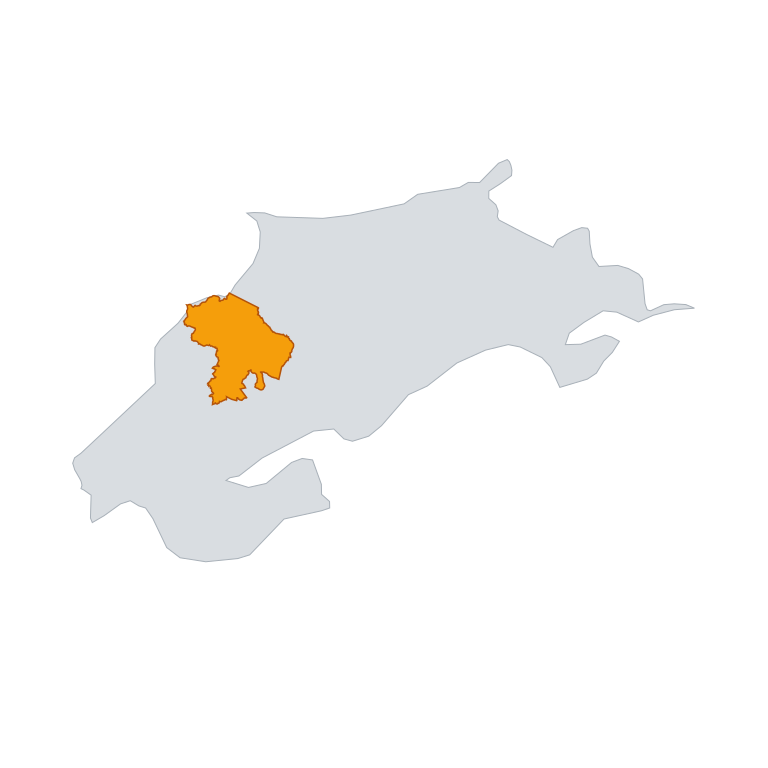 location of San Carlos, Alajuela, Costa Rica, rotated 297°
{"feature_id": "36466004B93009353653886", "entity_name": "San Carlos", "entity_type": "district", "adm_level": 2, "iso_a3": "CRI", "parent_name": "Costa Rica", "parent_adm1": "Alajuela", "projection": "orthographic", "projection_center": [-84.486, 10.62], "detail": "fine", "context": "in_parent", "style": "filled", "palette": "amber", "viewbox_px": 768, "rotation_deg": 297, "n_neighbors": 0, "source": "geoboundaries", "source_scale": "gbopen_adm2", "svg_char_len": 7781}
<svg xmlns="http://www.w3.org/2000/svg" viewBox="0 0 768 768"><g transform="rotate(297 384 384)"><path d="M639.9,391.9L639.0,394.8L636.4,397.8L632.6,400.9L627.6,403.0L615.4,396.8L603.5,389.8L596.9,393.1L594.5,402.3L590.1,407.1L584.5,409.0L582.3,412.1L582.0,443.2L582.5,472.5L591.5,473.1L606.7,483.2L613.1,489.2L615.2,494.7L613.3,497.5L602.3,503.9L591.6,512.1L586.3,522.2L595.8,538.5L597.8,549.5L597.5,561.1L595.0,566.7L574.1,580.1L569.6,584.8L570.2,588.2L581.7,597.3L587.2,606.2L591.8,616.9L592.5,626.2L582.0,609.0L567.4,592.6L554.8,582.5L553.7,558.8L548.7,546.0L529.7,534.2L513.4,526.0L501.4,527.7L508.8,541.3L527.9,558.7L529.2,565.4L528.9,574.4L515.8,573.1L504.2,569.4L490.1,568.3L480.7,563.0L460.8,542.2L474.9,524.4L479.2,512.7L478.8,488.5L475.5,476.8L460.2,459.0L435.8,439.4L401.7,423.4L385.6,410.6L345.7,400.7L330.6,394.1L318.7,381.9L316.9,373.2L321.1,359.7L310.1,342.6L262.7,309.0L236.2,296.5L230.5,289.2L226.3,287.0L230.3,310.2L241.9,324.2L272.2,337.3L280.5,344.9L283.9,354.8L266.2,373.7L257.3,378.5L254.6,388.8L248.9,391.9L242.8,386.0L218.3,356.2L170.8,341.9L162.2,333.1L144.7,305.9L136.6,281.2L139.6,264.7L159.2,239.1L165.3,227.9L164.1,221.0L164.8,210.9L157.6,203.7L139.6,194.4L128.1,187.0L131.3,183.3L152.0,173.5L153.3,164.5L153.2,161.5L156.6,160.9L159.6,158.5L161.5,156.0L167.1,147.4L172.1,142.6L177.7,141.8L184.7,145.4L210.6,154.8L239.5,165.2L280.6,180.0L297.7,170.6L312.4,163.4L322.6,164.5L344.7,172.9L358.0,175.5L366.2,174.7L380.4,187.0L388.1,196.2L389.4,202.4L393.7,205.7L404.7,206.4L431.8,212.6L448.3,211.4L463.3,204.7L471.5,196.7L474.0,184.2L477.8,190.4L482.3,200.1L484.3,212.6L503.8,254.3L519.4,277.7L553.6,320.1L568.3,327.9L593.3,362.0L601.9,367.6L606.9,377.7L632.7,385.8L639.9,391.9Z" fill="#d9dde1" stroke="#a8b0b8" stroke-width="1"/><path d="M394.8,204.9L392.0,204.7L390.8,204.3L390.2,204.3L389.5,205.0L388.3,205.3L387.9,204.9L387.6,204.1L387.7,203.8L388.0,203.3L387.8,202.9L386.8,202.6L385.5,202.4L384.3,200.7L383.2,200.4L383.1,199.8L383.2,199.5L383.6,199.2L385.6,198.8L385.9,198.4L386.5,196.9L386.5,196.2L386.0,194.5L385.8,193.0L385.3,192.0L384.6,191.3L383.4,190.9L382.3,189.5L380.3,188.3L378.0,188.2L377.1,187.9L376.5,187.9L375.7,187.4L374.8,185.8L374.0,185.0L373.1,184.6L372.4,184.5L372.0,184.1L371.7,184.0L371.2,184.0L370.9,184.3L370.4,184.2L370.0,184.0L369.5,182.9L368.9,182.5L368.4,181.8L368.1,180.8L368.3,180.0L367.6,179.7L366.1,179.4L365.9,179.2L365.9,178.7L366.1,178.2L366.1,177.7L366.4,176.8L366.9,176.1L366.9,175.2L366.4,174.3L365.2,173.2L364.9,172.3L364.4,173.1L362.1,174.8L361.5,175.0L359.5,175.1L358.7,175.5L356.9,177.1L354.7,178.5L352.5,177.7L350.3,177.5L349.1,177.1L349.0,177.6L347.9,178.1L347.8,178.6L346.5,179.3L346.4,179.9L347.0,180.3L347.1,180.8L346.3,181.5L346.1,182.0L346.1,182.7L346.3,182.9L346.9,183.1L347.5,184.7L347.5,186.8L347.7,187.7L347.6,188.7L347.9,188.9L347.7,189.8L348.0,190.0L348.0,190.3L347.0,191.2L345.7,191.4L345.1,191.1L342.6,191.1L342.0,190.3L341.6,190.1L340.9,190.3L340.1,190.3L338.5,191.5L338.1,191.2L337.7,191.3L337.1,192.2L336.4,192.5L335.8,193.1L335.8,193.5L336.1,194.3L335.9,195.3L336.7,195.9L336.7,196.8L336.9,197.2L337.1,198.1L336.3,200.2L335.4,200.6L335.6,201.0L336.2,201.5L336.2,201.9L335.8,202.6L336.0,203.2L335.9,205.7L336.1,206.4L336.5,207.0L338.2,208.3L338.5,209.1L338.6,210.2L339.2,210.7L339.7,210.8L339.1,211.9L339.0,212.2L339.5,212.9L339.7,213.5L339.5,214.7L339.9,215.7L339.6,216.5L340.3,217.2L339.7,217.6L339.5,218.1L339.6,218.5L340.0,218.9L340.0,219.1L339.2,219.5L338.4,220.5L337.9,220.6L337.8,220.1L337.6,219.9L337.3,219.9L336.0,220.4L334.9,220.5L334.5,221.0L334.3,220.8L333.5,220.8L333.2,221.4L332.6,222.0L332.3,222.5L332.5,223.6L332.1,224.4L331.3,224.6L330.9,225.2L330.3,225.5L330.1,226.2L325.6,226.4L325.8,227.0L325.5,227.3L325.4,228.0L325.0,229.0L324.6,228.9L324.5,227.8L324.3,227.1L323.2,225.6L321.6,224.2L320.5,224.0L320.2,223.9L320.2,225.3L320.6,225.8L320.4,226.4L320.4,227.7L319.0,227.8L318.5,227.5L318.1,227.8L317.5,227.8L317.2,227.7L316.9,227.3L316.3,227.2L315.5,226.7L315.2,226.7L315.0,227.5L313.8,229.4L313.8,231.0L313.6,231.0L313.5,230.8L312.9,230.9L312.6,230.6L312.3,230.1L311.3,229.7L311.0,229.3L310.8,228.2L310.3,228.1L310.0,227.7L309.7,227.7L308.9,228.1L308.2,228.2L307.7,227.7L307.3,227.5L306.5,227.5L305.6,227.1L304.9,226.7L304.1,226.7L304.3,227.7L303.0,227.8L303.1,228.5L302.7,228.8L303.1,228.9L303.1,229.3L303.2,229.8L302.5,230.7L301.8,230.9L301.4,231.3L301.9,232.0L301.4,232.2L301.1,232.7L299.6,233.5L299.1,233.9L299.0,234.6L298.7,235.0L298.8,235.5L298.3,235.9L298.3,236.3L296.9,236.1L296.6,235.9L296.6,235.0L295.9,234.8L295.3,234.2L294.0,233.8L293.8,234.0L293.8,234.4L294.7,236.6L294.6,237.0L294.2,237.6L293.0,238.2L292.3,239.0L291.1,239.4L290.0,239.5L289.2,240.0L287.8,240.5L288.8,241.3L289.5,242.1L289.8,242.3L290.6,242.2L290.6,242.6L290.3,243.2L290.3,244.0L290.4,244.4L290.6,244.6L291.5,244.8L291.7,245.5L292.5,245.7L293.8,245.3L293.9,246.2L294.2,246.9L295.6,247.7L295.9,248.1L296.4,248.2L296.9,248.9L297.9,249.4L298.4,250.7L299.0,250.6L299.2,250.2L299.9,250.1L300.2,249.9L300.8,250.0L301.2,249.6L301.2,255.2L302.4,260.9L302.5,260.3L303.2,259.8L304.1,259.8L304.4,259.4L304.7,259.2L305.1,259.5L305.3,259.9L304.5,261.2L304.6,262.0L304.4,262.4L304.4,262.9L304.9,264.7L305.1,264.9L305.7,264.8L307.1,265.7L307.7,265.7L308.4,266.2L308.5,266.8L309.2,267.8L309.2,268.4L314.3,258.2L317.7,262.4L318.0,261.9L318.9,260.9L319.2,260.3L319.3,259.7L320.0,259.0L320.1,258.3L320.0,257.2L320.2,256.9L322.5,256.4L324.2,256.3L324.6,256.6L325.0,257.1L326.4,257.7L326.9,258.1L327.5,257.9L329.1,257.9L330.2,258.2L330.4,258.6L332.2,258.7L333.4,258.1L333.3,257.5L333.5,257.1L333.9,257.4L334.2,257.3L334.5,258.0L336.0,258.9L336.1,259.1L335.9,259.3L334.9,259.7L334.3,261.1L334.2,262.4L335.0,263.7L335.0,264.5L334.8,265.4L334.3,266.3L332.6,267.5L331.8,268.4L331.6,268.7L331.0,269.0L330.0,269.2L328.8,269.6L328.1,270.1L327.7,270.1L327.2,269.8L325.4,269.4L324.1,270.3L322.8,270.3L322.7,270.6L322.6,272.4L322.9,274.0L322.6,275.1L322.7,276.4L323.0,277.3L323.8,278.2L324.4,278.6L328.1,278.7L329.6,277.4L330.8,275.7L331.8,275.1L332.1,274.7L334.3,273.3L335.7,272.1L336.7,271.8L337.3,271.3L338.0,270.6L338.5,268.9L338.6,268.7L338.8,268.8L339.1,269.7L340.1,271.5L340.0,273.2L340.3,273.8L340.3,275.2L339.5,277.1L339.3,281.2L339.7,282.3L339.6,282.8L340.4,285.8L340.1,286.4L340.4,288.2L351.7,285.3L353.0,285.1L354.1,285.3L354.1,285.8L355.2,286.0L355.9,286.0L356.2,286.2L357.3,286.3L358.2,286.2L358.7,286.6L360.4,286.6L361.0,287.2L361.3,287.8L362.5,287.7L363.7,287.2L364.1,287.3L364.7,287.2L364.8,287.8L365.3,288.8L366.1,288.4L366.3,288.0L366.7,287.9L367.3,287.0L368.5,286.7L368.7,286.2L368.8,286.1L369.4,286.6L369.8,286.6L370.1,286.9L370.8,287.1L371.3,287.0L371.7,286.7L372.6,286.5L374.4,286.4L374.8,286.6L375.1,286.6L376.5,286.3L378.1,285.5L378.7,285.0L379.0,284.4L379.5,283.0L380.2,282.1L380.3,281.7L380.1,281.2L380.3,281.0L380.3,280.1L381.5,279.0L381.3,278.6L382.0,277.6L382.1,277.2L382.4,277.2L382.1,276.8L382.0,276.4L382.3,276.4L382.3,276.0L382.7,275.8L383.0,275.3L382.2,275.3L381.6,274.5L381.7,274.0L382.2,273.3L382.1,272.3L382.3,272.1L382.4,271.8L382.0,271.7L381.8,271.3L381.9,270.7L381.5,270.2L381.3,269.1L381.0,268.9L381.2,268.3L380.7,267.1L380.7,266.5L380.0,264.7L380.0,264.0L380.3,263.2L380.3,262.3L379.9,261.8L379.8,261.4L380.2,261.2L380.2,260.6L380.8,259.7L380.9,258.8L381.6,258.1L381.9,257.3L382.7,256.6L382.7,255.6L383.2,254.6L383.2,253.8L384.2,251.4L384.3,250.2L384.0,249.3L384.3,249.4L384.5,248.8L384.9,248.6L385.7,247.5L387.3,245.8L387.5,245.2L387.0,245.1L386.9,244.8L387.1,244.6L387.2,243.8L387.4,243.5L387.6,243.1L388.0,242.8L388.5,241.7L388.4,241.0L388.4,240.0L389.2,240.2L390.1,239.9L390.0,239.7L391.0,239.6L391.2,238.9L391.7,238.8L392.1,238.0L393.1,237.4L393.4,237.3L393.3,237.7L393.5,237.8L394.3,237.8L394.9,237.5L394.8,204.9Z" fill="#f59e0b" stroke="#b45309" stroke-width="1.5"/></g></svg>